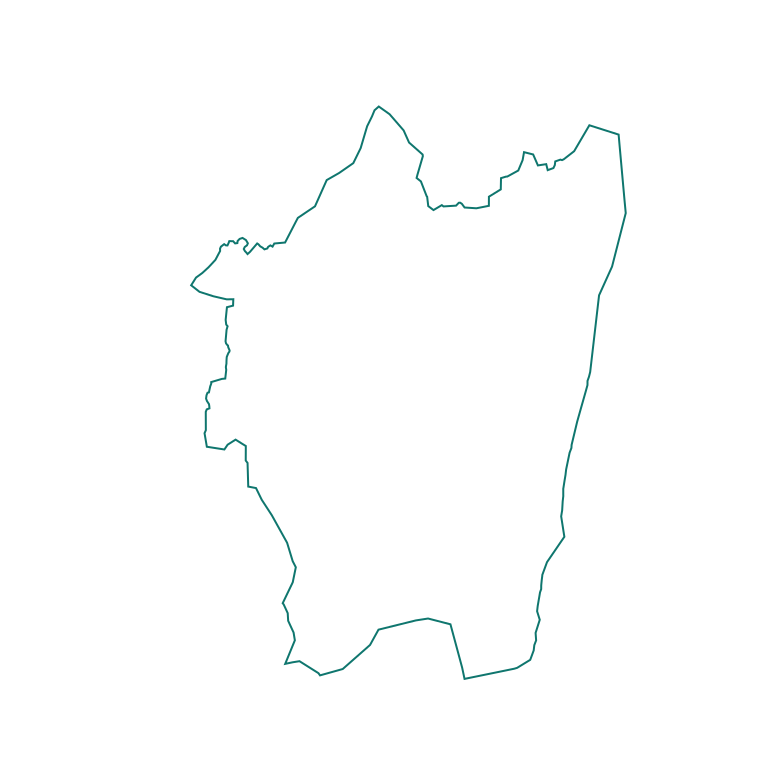 the district of Dambam, Bauchi, Nigeria, rotated 13°
{"feature_id": "59680162B91029831757376", "entity_name": "Dambam", "entity_type": "district", "adm_level": 2, "iso_a3": "NGA", "parent_name": "Nigeria", "parent_adm1": "Bauchi", "projection": "equal_earth", "projection_center": [10.732, 11.627], "detail": "fine", "context": "isolated", "style": "outline", "palette": "teal", "viewbox_px": 768, "rotation_deg": 13, "n_neighbors": 0, "source": "geoboundaries", "source_scale": "gbopen_adm2", "svg_char_len": 2861}
<svg xmlns="http://www.w3.org/2000/svg" viewBox="0 0 768 768"><g transform="rotate(13 384 384)"><path d="M525.9,85.7L516.9,114.4L508.6,124.6L507.1,125.8L505.4,125.7L500.8,128.6L501.2,132.3L500.5,135.5L495.4,138.8L492.6,133.3L484.8,136.4L477.7,126.8L468.3,126.6L468.7,134.7L466.8,145.8L457.5,154.1L456.2,154.5L451.7,157.1L454.0,168.1L444.1,177.9L446.1,186.8L434.5,192.0L422.8,193.9L419.3,190.9L417.4,190.2L416.1,190.6L414.1,194.0L402.0,197.6L400.1,196.7L393.1,203.4L387.1,200.7L383.9,191.8L383.3,191.4L374.4,178.3L369.4,175.9L369.5,172.7L370.6,153.3L370.0,151.7L354.1,143.1L346.1,132.5L328.8,119.9L316.5,114.8L313.2,119.4L312.1,126.0L309.6,136.6L309.4,139.6L308.2,159.4L304.4,175.7L292.8,188.5L282.3,198.2L276.8,226.4L262.7,241.5L261.6,245.7L255.8,268.4L245.5,271.8L244.5,275.2L242.1,274.5L240.3,276.4L239.8,278.2L237.2,279.7L235.0,278.5L232.4,277.7L230.2,276.1L228.8,275.6L223.7,285.4L221.8,288.1L220.3,286.9L218.6,285.8L217.0,284.0L217.5,281.8L219.3,279.7L219.7,277.5L217.1,274.8L213.3,273.5L210.7,275.1L209.2,277.6L209.4,279.7L207.3,280.5L204.9,278.8L201.1,279.6L200.9,281.4L200.3,284.2L198.8,284.5L196.8,283.7L196.2,284.4L194.2,286.9L193.8,289.0L194.4,291.3L193.7,293.8L191.8,301.0L186.8,309.7L182.0,316.7L176.9,322.6L173.9,331.2L183.5,335.7L198.0,336.9L211.7,336.9L218.1,335.3L219.3,341.6L213.7,344.5L214.5,350.9L215.3,357.2L216.9,361.6L218.6,362.9L218.4,366.5L220.0,378.0L220.9,379.9L222.3,381.1L223.3,381.6L224.0,383.3L226.0,386.0L226.1,387.2L225.4,388.8L224.9,391.7L224.7,393.1L225.3,396.8L225.9,399.7L226.0,401.7L226.1,403.1L227.1,405.7L228.1,414.4L224.9,415.5L215.2,421.0L215.6,422.4L215.2,425.4L215.3,431.6L214.0,432.2L213.6,434.9L213.9,438.2L215.3,440.4L218.0,443.0L218.8,445.0L219.4,447.0L217.0,448.6L216.6,451.2L220.8,469.1L220.2,472.3L225.5,485.0L243.2,483.7L245.3,478.3L251.9,471.6L259.1,474.1L263.3,475.5L266.5,489.7L268.8,491.6L274.8,514.5L282.7,514.2L290.9,524.3L304.2,537.1L325.3,560.5L334.9,577.2L339.3,582.4L339.7,597.7L334.6,620.4L335.8,621.3L341.7,628.9L341.8,629.2L343.9,636.3L351.8,646.5L354.8,653.8L350.7,678.9L357.6,675.7L364.0,673.1L385.2,680.5L387.2,682.3L407.9,671.0L429.1,641.4L433.9,624.6L468.2,607.2L479.7,602.6L502.8,603.2L516.7,629.2L524.0,642.9L528.8,653.2L550.5,643.3L562.1,638.0L575.0,632.1L577.6,630.6L588.5,619.9L588.8,617.8L589.8,609.9L589.2,604.6L589.9,599.6L587.7,592.4L588.8,578.7L584.3,571.0L583.7,565.7L583.3,558.8L583.2,556.8L582.9,551.9L583.3,548.5L582.5,544.9L581.8,539.6L581.4,535.6L581.2,534.4L582.9,520.9L594.1,492.3L586.4,473.1L586.0,466.9L584.5,458.1L583.9,452.8L583.7,452.1L582.2,445.6L582.2,445.0L581.7,438.1L581.3,431.7L580.7,426.4L580.5,417.8L580.3,409.2L581.0,404.2L580.5,401.2L580.7,377.3L581.3,364.6L582.2,346.4L582.5,339.3L581.6,335.2L582.1,330.8L582.2,326.0L573.6,249.2L579.8,218.3L581.1,163.1L577.2,151.4L559.4,97.1L556.5,88.2L525.9,85.7Z" fill="none" stroke="#0f766e" stroke-width="2"/></g></svg>